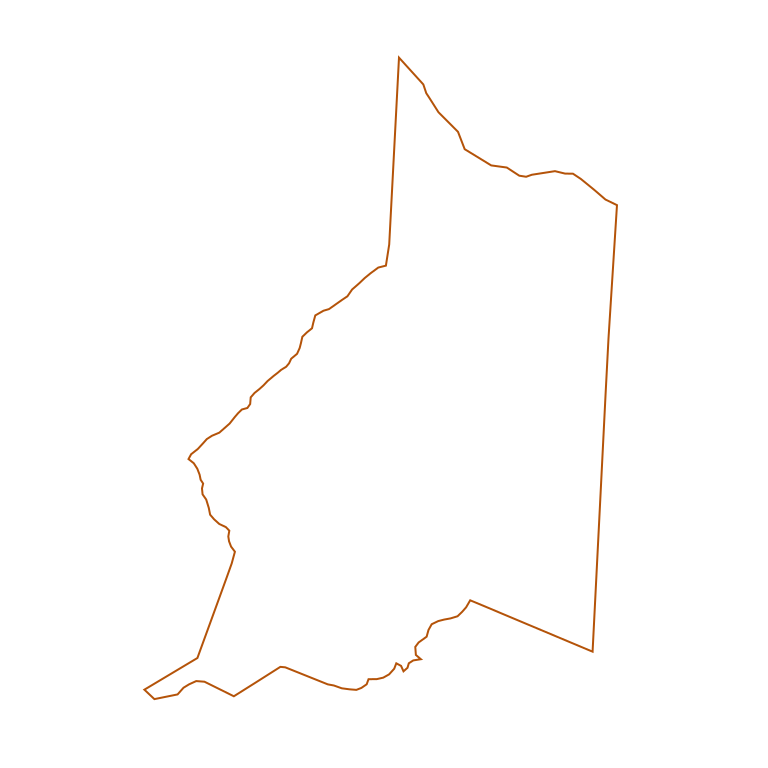 Tabuleiro do Norte, Ceará, Brazil (Robinson projection), rotated 273°
{"feature_id": "56859067B32879374314825", "entity_name": "Tabuleiro do Norte", "entity_type": "district", "adm_level": 2, "iso_a3": "BRA", "parent_name": "Brazil", "parent_adm1": "Ceará", "projection": "robinson", "projection_center": [-38.067, -5.298], "detail": "fine", "context": "isolated", "style": "outline", "palette": "amber", "viewbox_px": 768, "rotation_deg": 273, "n_neighbors": 0, "source": "geoboundaries", "source_scale": "gbopen_adm2", "svg_char_len": 1775}
<svg xmlns="http://www.w3.org/2000/svg" viewBox="0 0 768 768"><g transform="rotate(273 384 384)"><path d="M574.8,607.3L579.8,595.5L588.7,584.0L599.1,569.8L603.9,561.7L603.6,553.8L605.5,543.6L600.7,520.7L598.4,515.1L599.1,508.2L606.6,495.3L607.9,479.6L622.7,452.3L639.7,444.7L658.2,424.2L672.8,413.8L676.6,411.0L685.2,407.6L710.7,381.9L523.6,381.9L502.3,379.7L500.0,372.2L493.9,364.8L488.7,359.1L483.3,354.0L476.7,347.2L469.7,342.9L465.8,337.7L455.9,325.1L454.0,319.7L448.9,311.8L441.6,310.2L435.9,309.2L431.6,304.4L426.9,300.0L420.4,298.9L415.5,297.9L409.6,295.6L404.4,290.0L399.7,288.1L396.1,285.4L392.8,280.6L389.4,277.0L386.4,273.5L380.9,267.6L376.3,263.7L372.4,259.8L368.3,255.2L363.7,251.6L357.0,251.4L352.9,248.8L351.1,243.4L347.2,239.8L343.3,236.8L336.4,231.9L326.8,222.1L323.3,214.9L319.7,209.9L315.8,206.8L309.4,201.5L303.8,195.1L298.8,192.7L294.9,198.2L289.6,202.0L283.8,204.6L278.8,205.9L275.1,208.6L270.2,207.7L264.3,208.6L259.3,212.5L251.1,215.5L244.4,217.2L240.0,221.4L235.6,226.8L232.8,233.6L229.4,237.2L223.6,236.5L218.8,237.5L213.6,239.8L208.7,243.9L196.8,241.3L183.1,237.2L162.1,230.8L100.6,212.0L66.2,160.7L57.3,171.2L63.2,194.1L70.2,199.7L73.9,205.1L77.5,212.0L77.3,220.3L64.3,250.4L79.1,271.4L96.1,295.3L95.9,300.2L81.1,343.6L80.3,349.7L77.9,357.8L77.3,365.5L77.1,372.4L79.3,377.3L83.2,382.4L88.4,384.0L88.9,392.2L90.7,398.6L94.3,404.3L100.2,409.1L105.7,410.9L103.4,415.8L98.1,418.5L101.8,422.3L106.4,423.4L109.5,427.7L111.1,435.2L115.1,430.0L123.1,429.0L127.7,432.1L133.9,439.8L140.7,441.3L146.6,444.2L150.1,450.6L151.9,456.4L153.4,462.7L155.9,469.6L160.5,473.9L165.3,477.7L172.5,481.4L165.7,500.5L160.7,514.3L127.6,606.3L234.2,606.1L292.4,606.0L386.3,605.8L393.7,605.8L441.3,605.8L574.8,607.3Z" fill="none" stroke="#b45309" stroke-width="2"/></g></svg>